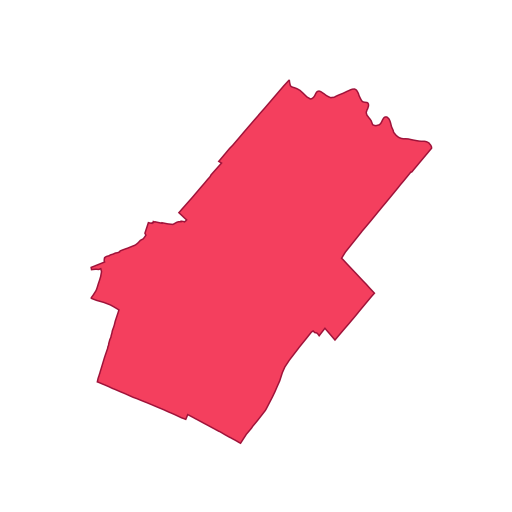 outline of Foltesti, Galati, Romania, rotated 312°
{"feature_id": "2599482B44549588747866", "entity_name": "Foltesti", "entity_type": "district", "adm_level": 2, "iso_a3": "ROU", "parent_name": "Romania", "parent_adm1": "Galati", "projection": "orthographic", "projection_center": [28.087, 45.725], "detail": "fine", "context": "isolated", "style": "filled", "palette": "rose", "viewbox_px": 512, "rotation_deg": 312, "n_neighbors": 0, "source": "geoboundaries", "source_scale": "gbopen_adm2", "svg_char_len": 5114}
<svg xmlns="http://www.w3.org/2000/svg" viewBox="0 0 512 512"><g transform="rotate(312 256 256)"><path d="M409.3,163.0L408.9,163.0L408.2,162.9L401.1,162.8L372.7,163.5L362.8,163.6L362.7,163.7L355.0,163.8L340.7,164.1L331.1,164.4L322.6,164.6L318.5,164.4L301.4,165.0L302.0,168.2L286.2,168.3L284.4,168.8L280.8,168.8L275.9,169.0L270.4,169.1L256.4,169.5L256.2,169.5L244.7,169.6L242.4,169.6L241.7,169.6L238.2,169.7L236.6,169.7L236.4,177.7L236.4,180.3L235.4,180.3L233.6,180.1L233.6,179.9L232.6,178.3L231.8,177.1L231.4,177.4L229.6,175.5L228.1,174.6L225.8,173.8L224.0,173.2L223.4,172.5L220.8,168.9L217.8,163.9L217.4,164.2L214.2,158.7L213.8,158.0L213.5,158.0L212.8,156.8L212.8,156.7L212.6,156.8L212.1,157.2L212.0,157.3L211.3,156.6L210.7,156.9L210.0,155.8L209.3,154.7L208.8,153.7L198.6,158.2L197.8,160.2L196.8,160.4L195.0,160.6L193.5,160.7L192.6,160.5L191.9,160.2L191.4,160.0L190.2,159.6L188.5,159.6L186.3,159.5L183.9,159.1L183.3,158.9L182.1,158.4L181.6,158.1L175.8,155.3L174.6,154.6L171.6,153.0L169.2,151.8L168.8,151.7L167.7,151.6L167.6,151.8L166.4,151.3L165.6,150.7L164.5,149.9L164.1,149.5L161.9,148.6L160.6,147.8L159.4,147.1L159.2,147.0L158.9,146.9L158.7,146.9L157.5,146.5L157.2,146.2L155.8,145.3L154.8,144.9L154.2,144.8L153.7,144.9L153.5,144.6L153.2,144.7L152.4,145.2L151.3,146.0L150.8,146.5L150.2,147.5L137.2,141.1L135.8,142.9L139.2,146.0L139.6,146.6L140.7,148.1L142.7,149.1L142.2,149.9L141.0,151.7L136.8,154.3L136.0,154.7L135.5,154.9L133.2,156.0L131.3,156.8L129.7,157.5L128.6,158.0L127.8,158.4L126.0,159.2L125.8,159.3L124.1,160.0L122.7,160.4L120.2,160.8L117.8,161.2L116.8,161.3L114.8,161.5L114.4,161.8L114.5,162.4L116.3,167.1L119.7,174.0L122.2,180.5L123.1,184.4L123.8,187.9L124.2,190.2L122.1,191.2L114.3,194.6L113.4,195.0L111.2,196.2L109.9,196.9L107.7,197.9L105.9,198.6L104.7,199.1L103.9,199.5L102.3,200.5L99.8,201.7L99.6,201.9L98.3,202.6L96.1,203.3L94.3,204.2L93.7,204.5L92.3,205.2L91.1,206.1L89.6,206.6L87.8,207.7L86.5,208.2L84.2,209.2L82.3,210.0L79.3,211.3L72.1,214.7L67.6,216.8L65.9,217.6L64.3,218.4L63.3,218.8L62.3,219.3L60.6,220.0L58.9,220.8L58.4,221.1L56.3,222.3L56.4,222.5L56.5,222.9L56.7,223.3L58.2,227.7L58.8,229.3L60.4,234.0L61.0,236.1L61.6,238.1L62.5,240.4L63.4,243.1L64.6,246.7L65.6,249.4L68.6,258.7L68.8,259.3L70.3,262.9L71.6,266.6L72.4,268.8L73.5,271.8L73.9,272.8L75.3,276.8L78.0,284.6L79.2,288.0L80.4,291.4L80.4,291.6L81.9,296.3L82.2,297.0L83.7,301.5L85.2,306.5L85.9,308.9L86.7,310.7L87.6,313.1L92.5,311.4L94.1,317.8L94.7,320.5L94.8,320.6L96.9,329.4L97.8,332.9L100.9,345.8L101.2,346.4L101.4,347.2L101.5,347.8L101.7,348.7L102.4,352.3L103.6,357.6L103.7,358.0L103.8,358.1L103.9,358.4L104.5,361.1L105.1,363.4L105.6,365.7L106.0,367.8L106.3,369.0L106.5,369.8L113.4,368.7L116.0,368.3L116.8,368.1L120.4,368.0L125.5,367.8L127.0,367.5L132.6,367.3L134.7,367.2L147.3,366.3L148.9,366.0L162.0,362.6L167.8,360.9L173.4,359.0L179.0,357.2L187.0,353.6L192.8,351.7L200.7,350.5L201.7,350.4L215.9,349.3L216.5,349.2L226.1,348.7L226.3,348.7L236.5,348.1L238.5,348.6L238.4,350.9L239.4,352.5L239.5,353.8L239.0,356.3L241.4,356.1L248.4,355.6L246.4,370.9L258.9,370.5L268.4,370.3L271.1,370.2L279.8,369.9L283.1,369.7L287.9,369.5L300.7,369.0L303.8,368.9L307.6,368.9L308.3,361.0L308.8,356.7L308.8,356.4L309.1,352.0L311.0,328.9L311.5,323.5L311.6,321.1L318.7,319.8L344.5,318.3L344.6,318.2L344.9,318.2L349.0,318.1L358.1,317.8L370.7,317.2L377.6,316.9L383.5,316.7L396.8,316.1L401.2,315.9L405.7,315.6L409.5,315.5L412.0,315.4L422.0,314.9L422.5,315.5L423.8,315.5L425.6,315.4L449.9,314.5L453.5,314.4L454.2,313.8L454.5,313.4L454.8,312.7L455.2,311.9L455.5,309.9L455.7,308.8L455.1,306.5L454.4,305.1L453.8,304.2L451.8,302.0L450.6,300.4L449.0,297.9L447.4,295.3L445.9,292.7L444.9,290.9L444.3,290.1L443.1,288.6L441.8,287.2L440.6,285.3L439.9,283.5L439.6,282.5L439.4,279.5L439.7,277.5L440.0,275.5L441.1,273.9L441.5,273.0L442.7,270.3L443.8,268.6L444.9,267.0L445.9,265.3L446.7,263.5L446.9,262.6L446.9,260.5L446.4,259.6L445.6,258.9L444.7,258.6L443.7,258.6L441.7,259.0L439.8,259.6L437.8,260.0L435.9,259.8L433.2,258.0L432.6,257.3L431.8,255.6L431.7,254.7L432.2,253.7L433.5,251.2L434.0,249.3L434.3,247.3L434.7,245.4L434.8,244.4L436.1,242.2L437.0,241.5L438.0,241.2L438.8,240.7L440.0,240.5L441.7,239.7L442.6,239.3L443.4,238.7L444.1,237.9L444.5,236.9L444.4,235.9L442.8,233.6L442.3,232.7L442.0,231.7L442.1,230.7L442.4,229.6L442.7,228.8L443.4,227.0L444.2,225.1L445.3,223.3L446.0,221.4L446.3,220.4L446.5,219.5L446.1,217.6L444.6,216.1L443.8,215.6L442.9,215.1L441.0,214.3L439.3,213.5L436.8,212.5L435.1,211.8L433.5,211.0L431.7,210.1L430.2,209.4L427.6,208.3L426.7,208.1L425.9,207.6L424.6,206.3L423.8,205.8L423.4,204.9L423.1,204.0L422.6,202.2L422.2,200.2L422.1,198.3L421.8,196.3L421.5,194.3L421.2,193.4L420.8,192.6L420.2,192.0L419.4,191.6L418.4,191.4L416.7,191.7L415.3,192.1L414.3,192.4L412.3,192.6L410.3,192.2L409.7,191.8L409.0,191.2L408.8,189.8L408.3,187.8L408.3,186.8L408.4,183.9L408.5,181.9L408.5,179.8L408.5,177.9L408.3,176.9L407.9,175.1L407.6,174.1L407.3,173.3L407.1,172.8L406.8,172.0L406.0,170.4L405.5,168.9L405.5,168.0L405.8,167.3L406.2,166.6L407.2,165.2L408.5,163.6L408.7,163.3L408.9,163.2L409.3,163.0Z" fill="#f43f5e" stroke="#9f1239" stroke-width="1.5"/></g></svg>